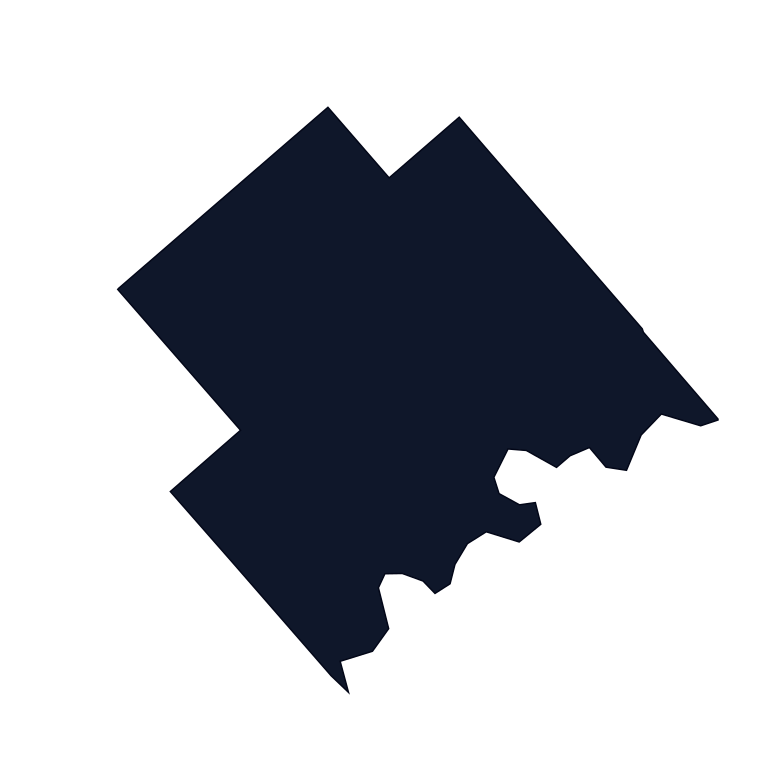 the district of Pontotoc, Oklahoma, United States of America, rotated 139°
{"feature_id": "52423323B67548831395162", "entity_name": "Pontotoc", "entity_type": "district", "adm_level": 2, "iso_a3": "USA", "parent_name": "United States of America", "parent_adm1": "Oklahoma", "projection": "albers", "projection_center": [-96.674, 34.735], "detail": "fine", "context": "isolated", "style": "filled", "palette": "ink", "viewbox_px": 768, "rotation_deg": 139, "n_neighbors": 0, "source": "geoboundaries", "source_scale": "gbopen_adm2", "svg_char_len": 723}
<svg xmlns="http://www.w3.org/2000/svg" viewBox="0 0 768 768"><g transform="rotate(139 384 384)"><path d="M521.4,630.3L522.9,630.1L522.6,443.2L615.8,443.0L615.4,349.2L615.3,209.5L615.3,198.5L613.1,174.6L599.0,203.5L568.0,189.9L541.0,196.3L521.9,233.9L507.8,240.2L494.5,229.0L483.8,209.7L482.9,192.5L465.2,189.9L448.8,201.3L425.8,208.8L403.8,205.4L385.6,176.1L357.7,175.3L347.6,195.2L361.0,203.9L369.1,225.8L362.3,241.5L333.0,253.6L320.2,240.5L308.5,207.9L290.7,207.8L270.6,201.3L271.0,175.6L257.6,159.8L223.4,176.8L194.4,179.4L172.4,144.7L155.5,137.7L154.9,138.5L154.3,252.9L152.9,256.2L152.8,302.5L152.4,489.3L152.2,536.0L244.9,536.2L244.8,629.6L521.4,630.3Z" fill="#0f172a" stroke="#020617" stroke-width="1.5"/></g></svg>